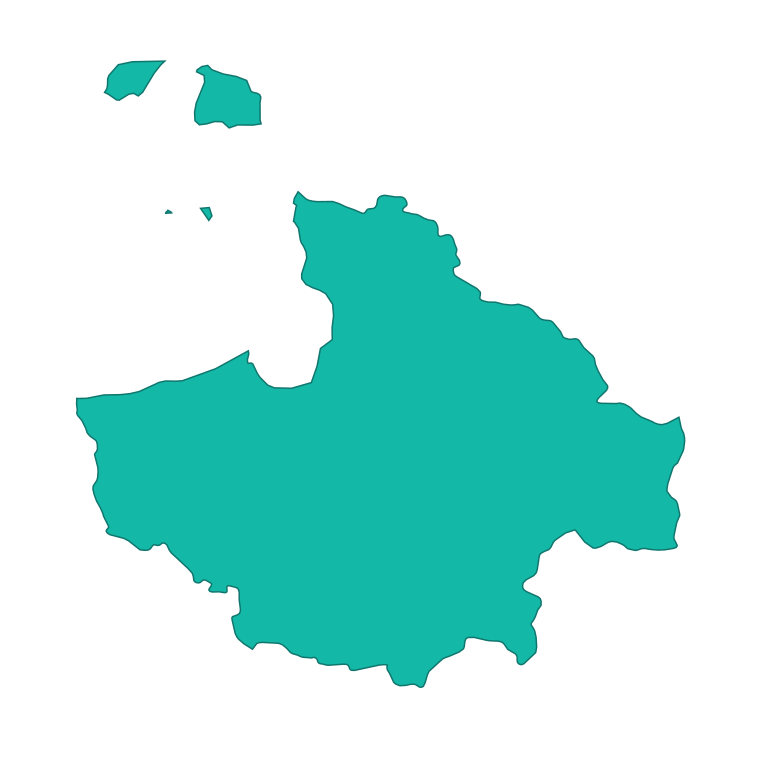 outline of Surat Thani, rotated 276°
{"feature_id": "THA-380", "entity_name": "Surat Thani", "entity_type": "Province", "adm_level": 1, "iso_a3": "THA", "parent_name": "Thailand", "parent_adm1": "", "projection": "robinson", "projection_center": [99.144, 9.058], "detail": "fine", "context": "isolated", "style": "filled", "palette": "teal", "viewbox_px": 768, "rotation_deg": 276, "n_neighbors": 0, "source": "natural_earth", "source_scale": "10m", "svg_char_len": 6128}
<svg xmlns="http://www.w3.org/2000/svg" viewBox="0 0 768 768"><g transform="rotate(276 384 384)"><path d="M337.6,80.0L337.6,81.2L338.7,89.8L343.8,106.5L345.8,122.7L347.8,132.2L350.9,141.3L362.1,160.2L364.2,166.6L365.0,176.2L366.1,183.0L381.5,214.8L402.8,245.6L399.9,246.4L393.8,245.6L390.8,246.2L390.5,247.8L391.0,249.7L390.1,251.5L381.0,257.1L377.6,260.0L370.7,268.5L368.7,275.4L370.1,292.6L377.8,311.6L394.8,315.6L412.7,317.1L422.7,327.9L434.6,326.5L446.6,326.7L457.9,324.6L467.7,316.6L470.5,310.3L472.3,302.9L474.9,296.0L480.1,291.2L484.7,290.6L501.2,294.0L507.2,292.7L512.1,289.9L515.9,287.0L518.6,285.7L529.9,282.7L536.0,277.8L536.2,277.0L550.0,277.9L552.3,278.5L554.4,275.1L559.2,275.4L566.2,278.5L560.5,286.1L559.3,288.3L558.7,290.6L558.3,294.5L558.4,299.1L560.1,313.7L558.7,320.4L556.1,327.8L554.1,336.2L551.5,344.4L551.7,346.1L552.4,347.1L555.7,349.1L556.4,350.2L557.4,354.7L557.9,355.8L558.8,356.8L561.2,358.0L566.9,358.4L568.1,358.9L569.9,360.4L570.6,361.5L571.6,364.3L571.7,365.9L571.2,376.0L571.8,380.6L571.6,383.0L571.0,384.4L569.8,385.9L567.3,387.5L565.5,388.0L564.0,387.9L561.3,385.3L560.2,384.6L558.9,384.3L557.8,384.9L557.1,386.3L556.6,391.6L556.1,393.9L556.0,399.1L555.1,401.8L553.0,406.6L551.8,411.1L551.6,415.9L550.9,417.5L549.5,419.0L546.4,420.8L544.2,421.4L539.2,421.9L538.0,422.3L537.1,423.2L536.7,424.4L537.0,426.1L538.8,430.0L539.2,433.1L538.7,434.7L537.5,436.2L535.0,437.9L530.4,439.8L525.9,442.2L524.6,442.4L520.7,441.8L519.5,442.2L514.8,446.1L512.3,446.9L511.0,446.7L509.9,446.1L507.3,441.6L506.4,440.9L503.7,441.0L500.0,442.4L498.2,445.2L488.6,466.4L485.5,470.1L483.7,470.5L479.2,470.2L478.1,471.3L477.2,473.1L476.6,476.9L476.4,479.4L477.0,486.5L475.8,494.6L475.8,501.7L476.2,504.9L477.3,509.0L477.2,510.5L475.3,519.7L473.0,523.9L466.0,531.5L465.2,533.0L464.6,534.8L464.3,537.9L464.4,542.0L464.0,543.8L463.0,545.5L454.6,554.0L449.5,557.1L448.6,558.9L447.9,562.6L447.9,564.8L449.0,569.5L448.8,571.3L447.9,573.2L441.0,578.9L433.6,588.9L431.6,590.4L425.2,592.4L419.5,595.5L411.2,601.2L405.9,606.3L404.6,606.8L403.3,606.8L400.9,605.9L392.2,598.6L389.9,597.6L388.6,597.6L387.7,599.1L387.5,601.9L388.8,617.0L389.7,620.7L389.0,625.5L387.1,629.9L385.6,632.5L381.2,637.8L378.2,642.9L374.5,655.0L373.3,657.7L372.6,661.4L372.6,664.7L374.5,669.9L381.8,680.8L371.0,684.3L366.1,687.2L361.9,688.5L358.4,689.0L350.9,688.8L348.8,688.5L336.0,684.1L333.3,681.3L330.5,680.0L314.7,676.7L310.0,676.4L306.9,676.6L301.4,681.6L298.7,686.3L297.5,687.3L295.4,688.4L285.3,691.7L284.0,691.8L276.7,689.6L263.9,688.3L261.1,688.4L259.8,688.9L254.3,692.4L253.0,692.3L252.0,691.6L250.8,689.2L248.5,680.7L247.5,674.2L247.3,667.2L247.7,660.6L247.2,657.5L245.0,652.6L244.8,651.1L245.5,644.6L245.9,643.2L248.2,640.1L249.4,637.8L251.2,632.0L251.3,627.0L250.3,624.1L249.2,622.3L245.2,616.9L243.0,612.0L242.7,609.2L247.8,600.2L258.6,589.7L258.6,588.6L258.2,587.6L254.9,580.2L247.7,571.8L246.0,570.1L244.2,568.9L239.1,567.0L237.5,566.0L236.3,564.8L234.4,561.2L232.4,558.2L230.8,556.9L229.1,556.4L215.7,555.8L212.9,555.3L211.3,554.6L209.1,552.9L204.2,545.9L201.0,543.3L199.6,543.0L196.9,543.0L195.7,543.4L193.7,545.0L192.4,547.4L188.3,559.8L186.8,561.9L184.2,563.0L180.2,563.3L175.3,560.5L168.4,558.8L164.8,557.4L161.5,555.5L160.2,555.5L159.2,556.0L156.3,558.4L154.1,559.7L148.1,561.7L138.5,563.3L133.2,563.0L132.1,562.4L120.5,552.4L119.5,550.7L119.2,549.1L119.6,547.7L120.3,546.6L121.2,545.9L122.5,545.4L126.8,544.9L128.9,543.5L129.6,542.4L133.0,534.8L137.8,530.8L139.3,528.8L139.8,527.5L140.2,524.3L139.7,515.7L139.9,512.3L141.4,500.4L140.8,494.7L139.9,492.9L138.8,491.9L136.1,491.3L131.3,491.3L128.9,490.7L125.3,486.7L120.3,477.8L118.0,472.9L116.6,470.9L103.0,458.8L99.1,457.5L91.5,456.2L87.4,454.7L86.5,453.3L86.2,451.9L86.5,450.5L88.3,447.0L88.6,445.0L88.2,442.2L86.5,436.8L85.6,431.2L86.9,426.8L88.4,424.8L97.1,419.6L100.0,417.3L102.3,416.5L104.8,416.7L105.0,413.8L104.0,408.6L96.1,384.7L95.9,381.6L96.4,380.4L97.3,379.5L98.6,379.1L100.6,377.6L101.2,376.2L101.2,373.4L98.5,358.2L98.5,355.8L99.0,352.8L99.2,349.6L99.7,348.2L100.6,347.4L103.2,346.2L104.2,345.0L104.9,342.8L104.0,340.6L103.8,332.2L104.0,330.3L105.4,326.1L106.2,321.4L107.3,318.9L110.7,315.2L113.7,310.8L114.3,309.6L115.0,306.8L115.1,305.1L114.3,290.0L113.6,286.5L112.6,284.6L106.5,280.9L111.0,271.8L115.3,265.7L117.3,264.0L120.4,262.1L133.8,257.5L135.7,257.2L136.8,257.7L139.1,262.4L140.8,264.3L142.6,264.8L145.2,264.7L154.0,262.6L162.1,261.7L164.2,260.8L165.6,259.7L166.4,256.9L167.2,250.7L166.8,249.4L165.8,248.9L161.8,249.5L160.7,249.3L160.0,248.4L159.8,246.8L160.1,241.7L159.2,235.0L159.6,232.5L160.6,231.5L161.7,231.4L165.3,233.3L167.2,233.4L168.0,232.4L170.2,227.3L170.3,225.9L170.1,224.6L167.3,221.8L166.8,220.4L166.9,217.9L167.6,216.5L168.6,215.5L173.2,214.3L175.9,213.0L180.2,208.2L193.9,190.0L196.4,187.8L201.3,184.9L202.5,183.1L202.9,181.3L202.4,179.9L200.6,178.0L200.0,176.9L199.8,175.6L200.1,172.8L199.8,171.5L199.0,170.7L195.6,168.8L194.2,166.7L193.6,163.5L193.6,158.7L201.3,146.5L203.3,141.4L205.5,127.1L206.8,124.5L208.4,123.2L209.7,123.2L212.5,125.1L213.6,125.0L223.2,118.9L225.7,118.0L231.2,114.9L237.5,110.4L244.1,107.2L249.1,105.5L252.3,105.5L258.1,108.5L261.1,109.0L267.1,108.8L270.9,108.2L283.5,103.6L284.5,103.7L287.3,105.4L289.5,105.8L293.9,105.2L296.1,104.4L297.7,103.5L301.7,96.7L304.6,93.8L308.6,92.1L316.1,87.4L320.5,82.8L322.1,81.8L323.2,81.5L326.2,81.7L331.7,80.4L337.6,80.0ZM674.9,164.9L677.0,165.4L680.7,169.8L682.4,175.4L678.5,180.0L675.5,191.7L674.4,204.9L671.5,215.7L661.0,221.3L660.2,224.1L659.9,227.3L658.8,230.0L656.4,231.5L650.7,231.3L633.4,233.2L629.9,234.6L627.8,226.6L626.3,211.2L622.5,203.2L627.9,195.8L627.3,188.1L624.2,180.5L622.5,173.3L626.1,168.5L634.6,167.2L643.8,167.9L665.3,174.1L672.1,172.8L674.9,164.9ZM662.2,78.2L673.8,86.4L678.2,100.2L682.2,132.2L678.0,128.6L669.0,122.9L649.0,113.5L644.8,109.5L646.9,104.7L645.6,100.0L638.6,91.0L638.6,88.3L643.3,79.7L644.8,75.6L648.5,77.5L652.1,77.8L658.8,77.3L662.2,78.2ZM539.5,183.2L541.2,191.8L533.2,195.3L528.4,192.7L539.5,183.2ZM534.2,150.9L532.8,154.2L532.0,154.9L531.0,149.1L532.0,149.2L533.3,150.6L534.2,150.9Z" fill="#14b8a6" stroke="#0f766e" stroke-width="1.5"/></g></svg>